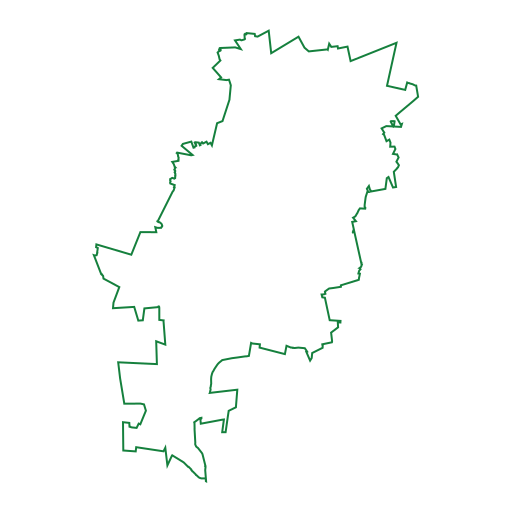 outline of City of Johannesburg, Gauteng, South Africa
{"feature_id": "47623444B15418766532839", "entity_name": "City of Johannesburg", "entity_type": "district", "adm_level": 2, "iso_a3": "ZAF", "parent_name": "South Africa", "parent_adm1": "Gauteng", "projection": "mercator", "projection_center": [27.967, -26.215], "detail": "fine", "context": "isolated", "style": "outline", "palette": "green", "viewbox_px": 512, "rotation_deg": 0, "n_neighbors": 0, "source": "geoboundaries", "source_scale": "gbopen_adm2", "svg_char_len": 5835}
<svg xmlns="http://www.w3.org/2000/svg" viewBox="0 0 512 512"><path d="M396.5,42.8L350.6,61.1L347.5,46.6L338.0,48.5L337.6,46.2L331.3,46.9L329.2,43.7L327.8,49.7L327.5,49.4L327.4,49.4L308.8,51.4L304.5,47.7L298.5,36.7L271.2,53.2L268.7,30.7L257.6,36.6L255.1,36.2L254.7,33.9L246.8,33.1L246.7,33.8L246.5,34.1L246.2,34.4L245.9,34.4L245.7,34.4L245.1,34.1L245.0,33.9L244.6,34.2L244.5,34.5L244.5,35.1L244.5,35.7L244.6,35.9L244.6,37.4L244.7,38.0L245.0,38.9L244.8,39.2L244.5,39.4L242.2,40.1L241.3,40.3L240.0,39.6L235.0,40.4L240.8,49.1L235.2,47.4L220.4,48.0L219.7,48.1L219.2,49.4L219.4,49.4L220.7,50.0L220.6,50.5L220.2,50.8L219.4,51.1L218.7,51.5L217.6,52.5L218.8,55.8L219.6,59.3L220.4,60.5L212.7,67.9L221.1,77.4L219.0,79.2L226.5,80.1L229.0,79.7L229.9,82.4L230.8,85.3L229.5,99.1L229.5,99.6L222.5,121.1L217.1,123.2L211.9,145.4L210.5,142.8L207.9,144.2L206.5,141.7L203.1,143.5L202.0,142.2L201.8,142.3L200.2,144.2L200.5,145.0L199.9,145.3L198.8,142.6L195.2,142.2L194.7,142.5L195.6,144.4L195.9,144.3L196.2,145.3L195.9,145.5L196.1,145.9L194.0,147.1L194.2,147.5L193.5,147.7L191.3,141.6L182.9,143.9L181.6,145.8L192.6,155.0L191.2,155.3L177.1,152.6L176.8,153.0L177.3,153.3L177.5,153.5L177.6,154.1L178.1,155.4L178.0,155.7L178.0,156.0L178.4,157.2L178.6,157.4L178.5,158.5L178.6,159.1L178.3,159.4L178.5,160.3L178.0,160.7L178.1,160.9L172.3,161.9L173.8,164.2L174.6,166.5L175.2,167.2L174.9,167.2L174.8,167.3L174.8,167.7L174.9,168.0L175.0,168.3L174.9,168.9L174.7,169.0L174.3,169.7L174.5,170.0L175.1,170.6L175.3,171.0L175.2,171.3L174.7,172.1L174.8,172.2L174.7,172.3L175.0,172.8L175.0,173.2L175.4,173.8L175.4,174.2L175.3,174.6L175.4,175.1L175.2,175.3L175.4,175.6L175.4,176.1L175.2,176.4L175.1,176.9L175.1,177.1L175.2,177.3L175.1,177.9L175.1,178.1L174.7,178.2L174.5,178.5L174.3,178.4L174.0,178.5L173.8,178.4L173.7,178.4L172.7,178.0L172.3,177.9L171.6,178.2L170.6,179.0L170.2,179.1L170.2,179.9L170.1,180.1L170.2,180.6L170.6,181.2L170.2,182.1L170.1,182.8L170.3,183.5L174.7,185.1L174.0,187.3L174.6,187.5L173.6,190.5L172.6,191.7L157.9,221.0L157.4,221.3L157.6,221.6L158.7,222.2L158.8,222.2L159.3,222.1L159.6,222.2L160.5,223.0L161.2,223.5L161.7,224.2L162.0,225.0L162.0,225.4L162.2,225.7L162.3,225.9L162.1,226.5L161.7,227.0L161.4,227.1L161.1,227.8L158.2,227.9L157.2,227.8L155.3,227.2L156.3,232.2L140.4,232.1L131.3,254.7L96.4,244.4L96.1,247.2L97.8,248.0L97.1,252.8L97.3,252.9L96.6,255.2L94.8,255.5L93.9,255.2L100.8,273.1L101.8,274.2L101.5,274.4L103.1,275.9L103.5,278.6L119.3,287.1L113.5,302.6L113.0,308.2L134.2,306.9L138.3,320.6L142.8,320.3L144.4,308.4L158.3,307.1L158.4,306.5L158.6,306.4L159.0,306.5L159.2,307.0L159.3,308.0L159.3,319.9L163.6,320.4L163.5,320.9L165.3,344.6L156.2,341.3L156.9,364.1L118.2,362.3L120.1,378.3L124.3,403.7L140.5,403.6L144.0,404.4L145.9,410.7L140.3,424.3L138.7,423.6L136.6,427.9L131.8,427.4L130.4,427.0L130.3,426.7L130.1,426.6L129.9,426.8L129.5,426.7L129.3,422.9L123.0,422.2L123.3,450.5L135.7,451.4L136.2,447.2L163.5,451.3L165.3,447.7L167.4,465.4L172.0,455.5L172.2,455.3L183.7,462.4L188.2,466.9L188.6,466.8L191.3,469.5L191.3,470.0L192.0,470.7L192.3,471.3L192.8,471.5L195.7,474.4L195.9,474.8L196.0,475.0L196.5,475.2L198.5,477.1L199.0,477.5L200.0,478.0L201.4,478.4L202.1,478.4L205.7,478.4L205.9,481.2L206.1,481.3L205.2,470.1L205.5,467.3L205.5,466.2L205.1,466.0L205.3,465.4L202.6,454.6L202.3,453.7L201.8,452.9L198.3,448.4L197.9,447.9L196.5,446.9L196.1,446.4L195.3,444.6L195.2,444.1L195.3,442.5L194.5,428.4L194.6,429.1L194.5,423.5L194.2,422.3L195.8,421.2L198.7,419.0L199.2,418.6L199.6,418.2L201.4,417.8L201.4,418.5L200.4,419.4L200.8,423.7L222.2,419.7L223.9,419.5L222.2,432.2L225.6,432.2L227.8,416.8L228.7,410.8L235.9,407.3L237.3,389.7L209.8,392.9L210.1,392.1L210.1,391.3L210.5,390.0L210.6,389.2L210.4,388.6L210.3,388.0L210.8,386.4L210.9,385.2L211.2,383.8L211.1,379.1L211.3,376.6L212.0,373.8L212.6,372.1L213.3,371.1L214.6,368.7L217.3,364.7L218.1,363.7L219.2,362.6L221.8,360.5L222.2,360.1L231.9,358.2L237.3,357.5L245.0,356.4L246.8,356.3L248.9,355.9L251.1,342.9L252.4,343.5L259.9,344.3L259.6,347.6L284.9,354.1L286.5,345.8L291.0,347.6L291.4,347.5L292.9,347.7L292.9,347.9L294.8,348.0L298.3,347.6L304.8,348.2L305.9,349.8L307.1,351.6L306.3,351.8L310.1,360.6L311.7,358.0L312.2,353.0L322.6,347.8L322.7,345.9L322.6,346.0L322.3,344.3L331.9,342.3L332.1,341.2L331.1,332.6L338.1,327.3L338.0,326.0L337.8,322.3L340.4,322.5L340.5,320.9L329.7,320.2L324.9,297.7L322.3,297.3L321.6,294.5L323.7,294.4L325.4,293.8L324.9,291.7L325.1,291.4L329.1,288.5L333.2,288.0L340.9,286.8L340.9,285.3L358.8,279.8L359.0,278.1L359.0,277.9L359.1,277.6L359.9,273.7L358.4,273.5L359.1,270.9L360.0,269.8L359.8,269.8L360.1,268.1L359.6,268.0L361.1,266.8L361.8,264.8L361.5,264.8L361.5,262.8L361.2,262.8L354.3,231.7L352.9,232.4L352.8,232.2L353.4,230.3L353.6,229.9L353.9,229.7L352.2,221.9L355.9,221.2L353.1,217.7L353.5,217.5L355.4,216.3L357.0,213.5L357.2,213.4L358.7,210.1L359.3,209.3L359.9,208.4L366.1,208.7L365.3,208.5L365.3,207.6L364.7,206.9L364.6,206.5L364.7,204.5L365.6,197.6L365.8,196.6L367.3,192.0L368.3,192.0L366.9,188.8L368.9,186.0L370.0,189.8L370.7,190.5L370.4,191.6L385.4,188.9L386.8,178.2L388.5,177.0L393.0,187.5L396.1,187.0L393.8,171.8L397.2,168.3L397.2,168.0L398.0,167.3L398.9,165.2L396.7,161.9L396.6,162.0L396.4,161.7L398.6,157.5L397.1,154.4L396.8,154.5L393.0,153.9L395.4,149.0L394.5,146.6L390.2,146.7L390.5,142.7L389.3,139.6L386.5,141.2L384.1,134.8L383.1,134.1L384.3,132.7L381.6,128.4L386.3,126.1L392.4,126.4L392.7,126.5L392.5,125.4L392.5,125.0L392.5,124.8L392.5,124.7L392.3,124.6L392.1,124.3L390.8,121.8L390.7,121.4L390.8,121.3L391.1,121.1L391.7,121.1L394.0,121.1L394.6,121.3L393.8,126.5L401.0,126.9L401.9,123.9L400.6,124.4L395.7,115.8L399.9,112.2L413.5,100.8L417.5,97.3L417.7,97.1L418.1,96.8L416.2,85.6L415.7,85.6L414.7,85.3L413.0,84.4L412.2,84.1L410.7,83.7L409.9,83.5L409.5,83.2L408.2,83.0L407.2,82.5L405.2,89.9L387.0,85.8L396.5,42.8Z" fill="none" stroke="#15803d" stroke-width="2"/></svg>